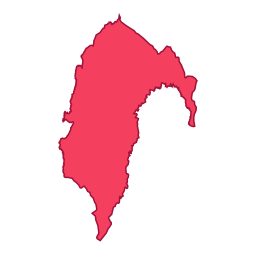 Wang Sam Mo, Udon Thani, Thailand
{"feature_id": "78962969B45411926077812", "entity_name": "Wang Sam Mo", "entity_type": "district", "adm_level": 2, "iso_a3": "THA", "parent_name": "Thailand", "parent_adm1": "Udon Thani", "projection": "equal_earth", "projection_center": [103.422, 17.016], "detail": "fine", "context": "isolated", "style": "filled", "palette": "rose", "viewbox_px": 256, "rotation_deg": 0, "n_neighbors": 0, "source": "geoboundaries", "source_scale": "gbopen_adm2", "svg_char_len": 5690}
<svg xmlns="http://www.w3.org/2000/svg" viewBox="0 0 256 256"><path d="M81.1,56.1L81.6,57.8L82.4,58.6L82.8,60.3L82.9,61.8L82.2,65.2L82.1,67.6L80.6,65.7L79.7,65.4L78.8,66.1L78.1,65.4L76.8,66.4L76.2,68.2L76.4,69.1L75.7,70.4L75.7,72.6L75.3,73.7L75.3,75.2L75.1,75.9L75.4,77.4L75.2,78.4L76.0,79.0L76.0,79.7L76.4,79.6L76.3,81.6L75.9,82.1L76.3,82.7L75.8,83.9L76.1,84.7L75.4,85.5L75.8,86.3L75.0,87.1L74.7,88.1L74.8,89.2L74.4,89.3L74.2,90.9L73.7,91.4L73.7,93.5L72.0,94.4L72.3,96.3L72.0,96.4L71.8,97.5L71.9,98.1L71.0,99.0L70.8,100.4L70.2,101.1L71.0,103.9L71.5,104.3L70.7,106.0L71.0,106.9L70.2,108.5L70.4,109.6L70.9,109.8L70.8,111.3L71.0,111.4L70.1,112.4L69.6,112.1L69.5,113.0L69.0,113.6L67.6,113.4L67.5,112.8L67.2,112.5L66.8,113.2L66.3,113.2L65.5,112.7L65.4,112.1L65.1,112.4L64.8,112.0L64.4,112.8L64.6,112.9L64.3,113.6L64.7,113.8L64.8,114.9L64.3,114.9L64.0,115.5L64.4,116.6L64.0,118.0L64.3,118.4L63.6,118.5L63.7,119.0L63.1,119.1L63.1,119.9L62.7,120.3L63.2,121.6L65.2,119.8L66.3,119.7L68.2,121.5L69.6,122.4L71.1,122.6L72.7,121.7L73.5,122.4L73.5,123.0L71.4,127.2L70.7,127.8L70.8,129.4L68.0,135.5L67.5,135.4L66.5,137.4L65.2,138.3L63.6,138.6L62.5,138.2L61.1,138.6L60.2,140.6L59.8,142.2L59.3,142.1L59.0,142.7L60.3,144.5L60.2,145.4L59.6,146.5L59.8,146.8L59.2,147.3L59.8,149.0L60.5,148.9L61.0,149.5L61.4,149.2L61.7,149.6L61.8,150.4L62.7,151.2L62.6,152.1L62.9,152.0L62.8,153.0L63.3,153.2L63.2,153.9L63.5,154.0L63.0,154.8L63.3,155.7L63.6,155.9L63.2,157.2L63.4,157.4L63.2,157.7L63.5,158.1L63.6,158.9L64.0,158.9L64.3,159.4L64.0,160.6L64.1,162.0L63.8,162.6L64.0,163.4L63.6,163.9L64.2,164.7L63.9,165.0L63.8,165.8L63.2,166.1L63.3,166.6L63.0,167.1L63.3,167.4L63.1,169.4L63.4,170.1L63.1,170.4L63.3,171.0L63.0,171.6L64.4,174.6L64.0,175.6L64.3,176.8L65.5,177.4L68.0,177.4L72.2,178.3L73.9,180.7L76.2,182.4L78.9,185.2L80.0,187.6L80.5,187.9L81.5,187.9L84.0,186.1L86.1,188.2L87.7,191.4L89.9,192.6L90.6,195.4L93.0,197.8L93.6,198.9L94.4,201.6L96.0,204.5L96.8,209.0L96.4,210.1L95.9,210.6L92.1,213.3L95.4,216.1L95.8,219.8L98.0,226.0L98.8,232.8L98.3,234.4L97.0,236.5L96.8,237.8L97.1,238.6L100.2,240.6L106.2,233.1L108.2,228.6L109.5,227.1L111.3,224.1L111.2,222.4L110.2,221.6L109.8,220.3L108.8,219.0L108.7,217.3L109.0,216.8L109.9,216.3L110.5,215.2L111.6,214.7L113.3,207.6L114.0,206.8L115.2,206.3L115.5,204.8L117.1,202.9L118.5,203.2L119.3,202.6L119.8,196.6L120.2,196.6L121.0,198.1L121.7,196.9L123.0,196.2L123.1,195.5L122.5,194.7L122.5,193.9L124.2,190.8L124.8,187.5L125.3,187.3L126.7,188.4L127.5,188.0L127.8,185.8L126.4,183.6L127.3,182.6L127.3,178.4L128.2,177.5L128.6,175.0L127.8,173.8L126.7,173.8L126.1,172.5L125.8,168.2L126.2,166.8L128.1,164.5L128.7,161.8L128.6,160.8L127.7,160.0L127.7,159.3L128.9,156.0L129.9,155.6L129.0,154.6L129.4,153.7L128.8,152.6L129.1,152.2L129.5,152.2L130.4,152.6L130.7,153.4L131.2,153.4L131.2,152.6L130.3,151.4L131.7,151.3L132.2,149.9L132.0,148.5L132.3,146.9L131.8,145.8L133.2,145.6L133.7,143.7L136.4,142.3L136.3,141.3L137.0,140.8L137.1,138.8L137.3,138.4L138.8,137.8L138.9,137.3L138.1,135.0L138.7,133.0L137.4,126.2L137.6,123.4L137.2,123.1L137.0,122.4L138.2,119.6L138.4,118.6L137.6,118.1L135.4,117.5L137.1,114.8L136.6,113.7L135.0,113.8L133.9,113.5L135.4,111.6L135.6,110.5L136.5,110.0L137.4,110.9L137.9,111.0L138.7,109.5L137.6,108.7L138.8,106.8L138.8,105.4L139.5,105.5L140.1,106.1L141.0,105.8L141.6,103.3L142.7,103.7L145.6,101.9L144.8,99.2L145.7,98.9L145.9,98.0L147.0,97.3L147.0,96.9L146.1,96.4L146.1,95.8L146.6,95.1L148.6,94.5L149.4,94.9L149.8,94.7L149.8,93.6L150.3,92.5L149.7,90.3L150.0,89.7L153.4,90.5L153.9,91.1L154.7,90.3L154.8,88.7L155.2,88.5L155.3,87.4L156.2,87.2L157.0,88.0L158.4,87.3L158.6,87.5L158.4,88.3L159.7,88.7L159.8,88.1L160.4,87.7L160.6,88.7L160.8,87.3L160.5,87.0L161.4,85.9L161.1,84.3L161.6,83.9L161.6,83.0L162.0,82.9L162.5,82.9L164.8,84.3L165.5,83.7L165.7,85.1L165.5,86.5L166.5,86.6L167.0,87.2L167.8,86.1L169.3,86.2L169.8,85.6L170.2,85.6L170.4,84.3L170.7,83.9L171.3,85.3L171.0,85.5L171.0,86.4L171.6,86.5L172.0,86.1L172.2,86.3L172.0,85.4L172.5,85.2L173.1,84.1L173.9,85.9L174.8,86.0L174.7,86.8L176.1,87.0L176.6,86.5L177.3,87.9L178.4,87.7L178.1,88.5L178.5,88.4L178.9,89.1L178.5,89.6L178.7,90.4L180.0,91.3L179.9,92.1L180.9,93.2L180.7,94.1L181.6,94.9L181.1,95.5L181.2,96.3L182.8,96.6L183.2,97.4L183.9,97.7L184.5,98.7L185.6,99.4L185.5,102.5L185.9,103.6L186.0,105.9L187.3,108.1L188.0,107.7L188.2,108.2L188.9,108.2L188.9,108.8L189.4,108.7L190.2,110.7L191.1,111.6L190.7,115.3L190.9,115.8L190.6,116.3L190.5,117.8L190.2,117.6L190.3,118.4L189.5,120.3L189.6,121.0L188.8,122.2L189.1,123.2L188.7,123.4L188.6,124.0L190.1,125.5L193.5,126.6L194.7,126.3L194.2,122.8L193.8,121.7L193.8,117.2L194.4,114.1L195.9,110.8L196.3,107.9L196.0,106.7L194.6,104.5L194.5,101.9L194.1,101.4L192.1,100.3L191.6,99.2L191.5,97.7L192.3,92.6L194.1,90.6L194.9,89.2L196.1,82.7L197.0,80.9L195.3,78.5L192.4,76.5L187.9,76.1L186.9,76.6L185.9,77.8L185.1,77.6L184.7,76.4L184.5,72.9L181.4,65.1L179.5,62.0L179.1,60.8L178.9,57.9L177.9,57.1L176.2,57.5L175.7,57.3L174.7,53.1L172.6,51.6L171.6,50.1L170.5,47.2L168.3,46.8L167.6,46.3L166.7,46.3L162.8,51.1L160.8,52.1L159.4,53.8L157.7,53.7L157.0,51.6L155.2,49.4L154.2,49.1L152.6,46.0L149.7,44.4L143.7,38.6L138.1,34.0L136.1,33.1L134.2,30.8L126.2,25.7L121.0,21.8L119.9,19.7L120.3,17.6L119.3,15.4L118.7,19.0L117.6,19.9L116.6,22.0L115.6,21.6L115.0,21.7L114.2,23.1L113.7,23.2L113.5,23.7L112.5,23.8L112.0,24.5L111.4,23.8L111.5,22.9L110.3,22.0L109.7,22.5L109.2,22.3L109.2,22.8L108.1,23.7L107.9,23.6L107.3,24.4L105.0,25.1L104.7,25.7L104.4,27.9L103.1,28.3L100.0,32.6L96.2,35.0L94.8,38.9L93.9,40.7L93.8,43.4L93.2,45.1L93.2,45.8L91.6,45.3L90.1,45.6L86.6,48.3L86.2,48.3L85.6,49.7L85.2,49.9L84.9,51.0L84.1,51.7L83.5,53.5L81.8,55.1L81.8,55.9L81.1,56.1Z" fill="#f43f5e" stroke="#9f1239" stroke-width="1.5"/></svg>